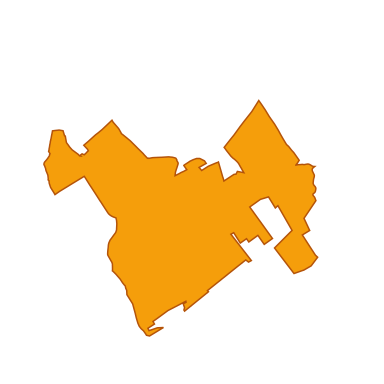 Villa de Etla, Oaxaca, Mexico, rotated 328°
{"feature_id": "50627088B54456167780056", "entity_name": "Villa de Etla", "entity_type": "district", "adm_level": 2, "iso_a3": "MEX", "parent_name": "Mexico", "parent_adm1": "Oaxaca", "projection": "robinson", "projection_center": [-96.795, 17.197], "detail": "fine", "context": "isolated", "style": "filled", "palette": "amber", "viewbox_px": 384, "rotation_deg": 328, "n_neighbors": 0, "source": "geoboundaries", "source_scale": "gbopen_adm2", "svg_char_len": 4875}
<svg xmlns="http://www.w3.org/2000/svg" viewBox="0 0 384 384"><g transform="rotate(328 192 192)"><path d="M235.3,315.2L243.9,317.1L245.4,317.5L253.9,317.8L264.0,313.9L263.2,311.0L263.0,300.4L262.8,286.9L271.4,287.0L272.8,275.6L273.0,273.7L292.5,265.0L293.2,261.5L292.9,259.1L293.0,258.6L293.2,258.2L293.5,257.9L294.1,257.7L295.3,257.6L296.1,257.4L297.0,256.8L297.7,256.1L298.4,255.3L299.0,254.5L299.2,253.9L299.3,252.8L299.0,250.9L299.0,250.3L299.2,249.3L299.4,248.7L301.6,245.9L302.7,244.8L303.7,243.9L304.0,243.5L304.3,243.2L304.7,242.4L305.2,238.0L305.5,237.2L305.7,236.8L306.1,236.3L306.6,236.0L307.0,235.8L308.8,235.5L309.6,235.4L308.9,234.9L308.2,234.4L307.9,233.9L307.6,233.5L307.3,232.8L306.6,231.4L306.0,230.5L305.4,229.9L305.0,229.6L304.5,229.4L304.1,229.2L301.8,228.3L300.9,227.7L300.3,227.1L299.7,226.8L298.3,226.1L296.0,224.8L294.5,224.3L294.9,223.9L295.4,223.8L296.3,223.5L299.1,222.2L299.7,221.9L299.2,212.5L298.6,209.4L298.1,204.6L297.3,201.8L297.4,195.4L297.6,190.0L297.9,185.5L298.0,178.2L297.5,169.0L297.6,161.1L297.4,155.3L297.1,149.8L291.1,152.7L285.3,155.5L279.7,157.5L273.3,159.8L268.8,161.5L267.7,161.9L262.3,164.1L257.6,166.0L252.9,167.6L242.9,171.2L243.1,173.1L243.2,175.1L243.4,176.9L243.6,178.7L243.8,180.6L244.0,182.4L244.7,185.1L245.3,186.6L245.8,188.2L246.2,189.8L246.5,191.3L246.6,192.8L246.5,194.5L246.4,196.5L246.4,198.6L246.3,199.2L246.3,199.8L246.2,203.1L241.4,198.6L238.8,200.2L237.0,199.3L224.9,199.6L225.9,196.3L226.0,195.6L230.3,180.6L230.0,180.6L228.6,180.3L227.1,180.0L219.5,178.8L211.6,178.9L211.0,174.9L217.6,175.2L219.2,175.3L219.1,172.2L216.5,167.9L216.2,167.6L213.6,166.0L210.0,165.2L206.5,164.8L204.8,164.9L199.6,165.0L199.1,165.2L199.2,167.2L199.4,170.3L195.8,170.1L193.2,169.7L190.4,169.6L189.7,169.5L188.6,169.4L186.3,169.2L188.6,166.3L190.0,165.1L192.9,162.7L195.2,160.7L195.7,159.7L195.8,157.3L196.2,156.6L196.2,154.8L195.7,154.1L193.9,152.2L190.8,149.8L184.9,146.6L181.6,144.7L177.0,142.1L174.0,140.9L173.2,140.6L172.9,140.1L172.1,139.8L171.7,137.8L171.2,135.4L170.9,133.3L169.1,126.0L168.6,123.7L167.8,120.3L167.6,119.5L167.0,116.8L166.8,116.0L166.2,114.1L165.8,112.9L165.6,112.4L165.4,111.6L165.2,111.1L163.5,106.2L163.0,105.0L163.2,104.3L163.3,102.4L163.3,102.0L163.4,99.8L163.3,98.6L162.1,91.0L162.2,88.7L156.3,89.9L148.9,91.4L143.8,92.1L140.5,92.4L136.0,93.2L130.4,94.2L125.0,95.0L126.0,100.3L126.0,100.9L125.9,102.1L124.3,102.4L124.0,102.5L123.4,102.7L122.9,102.8L122.1,103.0L121.7,103.0L121.1,103.2L120.3,103.3L119.0,101.4L117.5,101.5L116.5,101.8L116.7,102.5L115.9,101.9L115.7,101.1L115.5,99.9L112.7,92.8L112.4,91.1L112.3,90.5L112.0,88.5L112.0,87.3L111.9,86.1L111.7,84.0L111.8,83.3L113.4,79.3L114.0,77.9L114.2,77.4L113.7,76.8L115.1,71.7L112.2,69.1L108.3,67.2L106.1,66.2L104.2,68.3L103.3,69.2L102.3,70.3L101.4,71.3L100.9,71.9L100.2,72.5L99.6,73.2L98.9,73.8L98.5,74.3L98.0,74.9L97.5,75.5L96.6,76.4L95.8,77.3L94.9,78.4L94.1,79.2L93.4,80.0L93.0,80.6L92.2,81.3L91.9,81.6L91.9,82.6L91.9,84.0L91.9,84.3L91.3,84.7L90.9,84.9L90.6,85.3L90.3,85.7L89.8,86.0L89.2,86.2L88.7,86.4L88.2,86.6L87.8,86.9L86.9,87.2L86.1,87.5L85.6,87.7L84.8,87.9L84.2,88.1L83.7,88.3L83.2,88.4L82.9,88.5L82.4,88.8L82.1,89.0L81.8,89.2L81.4,89.7L81.0,90.2L80.9,90.8L80.9,91.5L80.6,92.9L80.5,93.4L80.4,93.9L80.3,94.5L79.8,95.7L79.7,96.1L79.5,96.6L79.4,97.1L79.4,97.3L78.7,101.3L78.0,102.8L77.1,104.6L76.4,105.5L76.5,106.0L76.7,106.6L76.6,106.8L76.0,108.0L75.8,108.4L75.5,109.1L74.5,113.2L74.5,115.8L74.5,119.5L74.4,121.6L78.0,121.4L80.1,121.3L80.4,121.3L91.4,121.4L92.8,121.4L108.9,121.6L109.0,123.6L109.0,131.7L109.1,134.9L109.2,140.2L109.3,148.0L109.3,148.5L109.3,149.1L109.3,150.0L109.3,150.9L109.4,151.5L109.4,152.9L109.5,158.9L109.6,164.6L109.7,166.3L110.3,168.3L110.9,169.6L112.0,171.4L112.7,172.3L113.1,172.8L113.8,173.7L113.4,174.8L112.9,176.2L111.7,178.5L111.5,179.0L108.7,183.0L107.9,184.2L106.1,185.7L105.6,186.0L104.4,186.5L102.8,187.1L99.4,188.5L97.5,189.2L96.9,189.5L95.4,190.5L94.4,191.2L93.8,191.8L93.3,192.3L92.8,192.9L91.4,194.8L90.2,196.3L88.9,198.0L88.0,199.3L87.5,200.0L87.1,201.2L87.1,201.5L87.0,203.5L86.9,205.8L86.8,208.4L86.8,209.2L86.3,211.0L85.6,212.1L85.0,213.2L84.3,214.3L83.8,215.2L82.7,216.7L83.0,217.4L83.9,221.3L84.9,227.7L85.0,232.2L85.3,234.9L85.6,236.2L84.8,238.5L84.5,240.8L82.4,244.6L82.4,247.7L82.4,251.4L82.4,255.4L79.6,264.7L78.1,269.1L76.6,274.5L76.1,277.9L76.4,281.0L77.3,284.0L77.5,287.7L77.5,289.4L79.7,291.6L96.0,291.8L90.6,288.8L82.1,286.8L82.4,284.2L90.2,284.1L90.3,281.1L95.4,280.8L108.8,279.8L128.9,281.4L128.5,282.4L125.3,282.2L124.4,286.1L122.6,287.8L122.6,289.1L153.1,285.3L152.8,283.8L154.5,283.6L190.1,279.4L201.6,278.1L202.8,281.4L206.0,281.6L202.6,248.4L205.8,248.6L205.9,260.9L213.5,260.5L213.7,264.5L224.9,263.7L225.5,274.7L235.6,274.1L233.0,235.3L246.1,234.5L254.3,236.7L254.2,249.7L257.6,249.1L256.5,277.6L232.3,283.2L235.3,315.2Z" fill="#f59e0b" stroke="#b45309" stroke-width="1.5"/></g></svg>